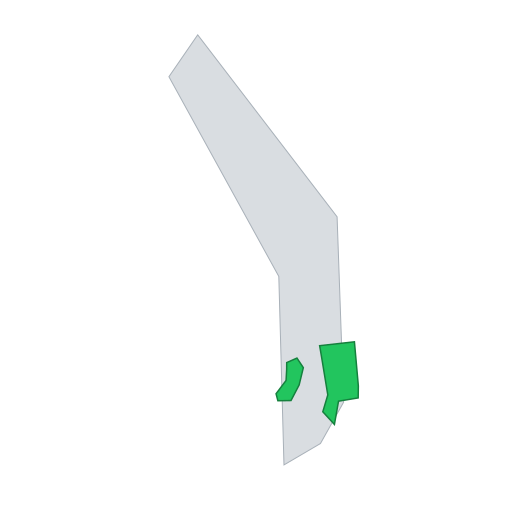 Warwick on a map of Bermuda (orthographic projection), rotated 292°
{"feature_id": "BMU-5144", "entity_name": "Warwick", "entity_type": "state/province", "adm_level": 1, "iso_a3": "BMU", "parent_name": "Bermuda", "parent_adm1": "", "projection": "orthographic", "projection_center": [-64.817, 32.272], "detail": "fine", "context": "in_parent", "style": "filled", "palette": "green", "viewbox_px": 512, "rotation_deg": 292, "n_neighbors": 0, "source": "natural_earth", "source_scale": "10m", "svg_char_len": 569}
<svg xmlns="http://www.w3.org/2000/svg" viewBox="0 0 512 512"><g transform="rotate(292 256 256)"><path d="M322.7,316.5L153.3,392.0L106.3,386.0L72.8,360.2L245.6,284.8L389.6,108.1L439.2,119.1L322.7,316.5Z" fill="#d9dde1" stroke="#a8b0b8" stroke-width="1"/><path d="M129.2,391.8L136.6,376.3L154.1,374.6L185.5,355.5L196.7,348.6L213.3,379.4L173.8,399.6L162.7,403.9L152.3,386.9L129.2,391.8ZM170.2,341.7L152.6,344.3L135.1,342.6L130.0,330.5L135.8,326.2L151.9,330.5L162.1,327.0L168.7,324.4L176.7,332.2L170.2,341.7Z" fill="#22c55e" stroke="#15803d" stroke-width="1.5"/></g></svg>